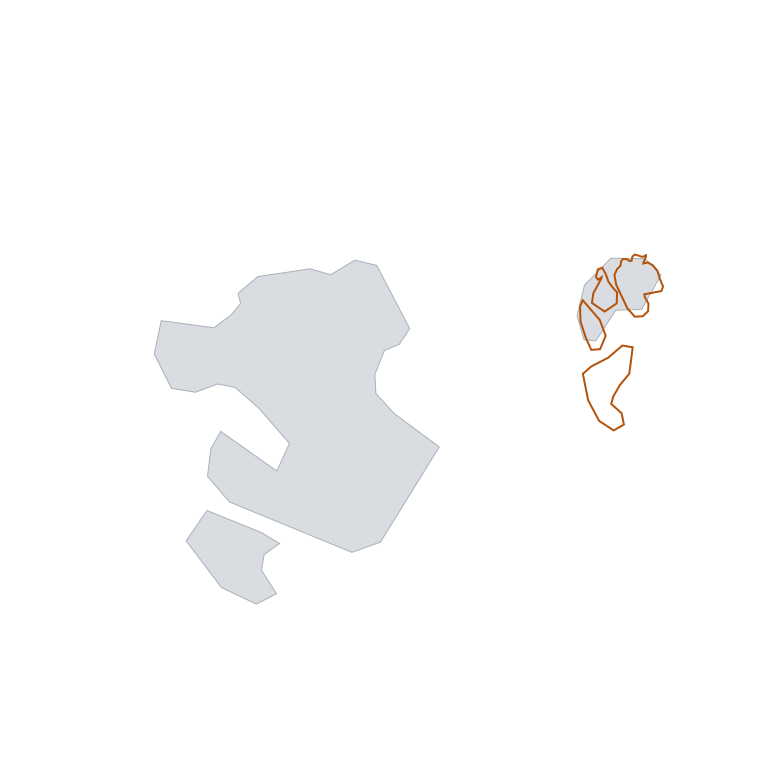 Föglö on a map of Aland (orthographic projection), rotated 307°
{"feature_id": "ALD-4814", "entity_name": "Föglö", "entity_type": "state/province", "adm_level": 1, "iso_a3": "ALA", "parent_name": "Aland", "parent_adm1": "", "projection": "orthographic", "projection_center": [20.496, 60.014], "detail": "fine", "context": "in_parent", "style": "outline", "palette": "amber", "viewbox_px": 768, "rotation_deg": 307, "n_neighbors": 0, "source": "natural_earth", "source_scale": "10m", "svg_char_len": 1709}
<svg xmlns="http://www.w3.org/2000/svg" viewBox="0 0 768 768"><g transform="rotate(307 384 384)"><path d="M347.7,220.5L362.1,220.9L368.6,212.9L393.8,218.6L431.6,255.7L439.1,275.7L465.3,286.1L474.3,306.8L443.7,371.2L424.9,372.3L411.0,364.1L386.2,371.0L371.6,383.1L366.5,409.9L366.9,466.0L255.6,476.3L230.2,459.6L196.8,331.5L204.1,298.6L227.7,284.9L247.8,282.1L250.0,350.8L279.6,344.3L289.3,299.1L291.7,267.2L283.8,251.0L264.0,238.4L252.6,216.9L269.6,182.6L300.5,168.0L326.5,214.3L347.7,220.5ZM191.5,375.1L193.7,396.5L175.6,390.9L161.6,398.1L151.8,424.3L131.4,414.5L123.6,376.7L139.7,320.4L176.4,318.8L191.5,375.1ZM641.2,517.1L637.5,539.7L598.6,544.8L582.3,524.7L546.0,527.2L539.7,517.1L554.8,497.1L583.6,484.6L621.1,489.6L641.2,517.1Z" fill="#d9dde1" stroke="#a8b0b8" stroke-width="1"/><path d="M484.0,578.0L493.9,556.8L511.8,536.7L522.8,539.0L539.9,547.2L558.1,551.2L563.0,560.5L539.9,573.7L524.9,573.0L511.7,574.7L504.8,577.5L503.6,591.4L496.0,600.0L485.1,595.3L484.0,578.0ZM640.6,513.0L641.8,514.5L644.4,515.7L643.1,516.7L637.4,518.0L636.3,518.5L639.8,521.6L640.6,527.4L638.9,534.3L634.2,540.6L629.8,548.2L625.2,549.6L612.3,537.9L610.2,540.2L607.3,546.9L601.1,551.1L593.9,549.9L588.7,543.8L590.9,532.8L603.0,509.8L609.6,502.5L616.0,501.0L620.7,501.7L624.5,499.6L627.7,499.6L629.7,502.7L630.1,506.4L631.6,507.5L635.2,505.7L638.2,506.3L639.9,510.5L640.6,513.0ZM552.2,503.3L564.0,493.9L570.5,492.3L565.0,517.7L556.0,532.0L541.8,535.6L536.0,529.0L542.4,517.3L552.2,503.3ZM598.3,510.2L597.5,515.0L588.4,521.3L574.6,516.6L573.9,501.3L582.6,496.5L598.8,494.2L600.3,493.5L596.1,492.1L597.0,488.9L604.1,485.8L608.2,488.3L605.3,494.8L600.7,501.8L598.3,510.2Z" fill="none" stroke="#b45309" stroke-width="2"/></g></svg>